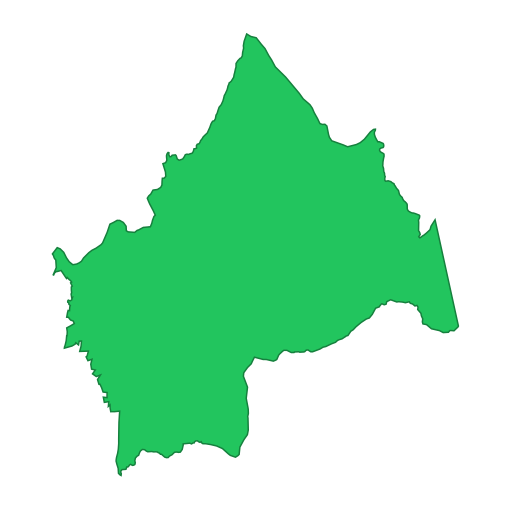 Coahuitlán, Veracruz, Mexico, rotated 181°
{"feature_id": "50627088B66619946151873", "entity_name": "Coahuitlán", "entity_type": "district", "adm_level": 2, "iso_a3": "MEX", "parent_name": "Mexico", "parent_adm1": "Veracruz", "projection": "equal_earth", "projection_center": [-97.706, 20.267], "detail": "fine", "context": "isolated", "style": "filled", "palette": "green", "viewbox_px": 512, "rotation_deg": 181, "n_neighbors": 0, "source": "geoboundaries", "source_scale": "gbopen_adm2", "svg_char_len": 6024}
<svg xmlns="http://www.w3.org/2000/svg" viewBox="0 0 512 512"><g transform="rotate(181 256 256)"><path d="M138.8,384.9L140.7,384.6L143.8,382.1L149.7,374.6L153.8,371.1L157.6,369.2L166.3,366.8L170.7,368.6L182.3,372.5L184.7,376.0L185.6,378.8L187.4,387.2L189.4,388.9L191.9,388.7L194.4,389.5L196.8,394.3L200.4,400.5L202.3,404.8L204.7,408.2L211.5,413.9L215.6,419.4L229.5,435.4L240.0,445.4L243.9,452.4L246.8,456.7L250.6,463.5L254.5,467.9L259.6,474.2L265.0,475.4L269.2,477.8L271.6,470.5L272.3,466.0L272.0,463.6L272.9,459.4L273.2,455.7L274.3,453.8L275.4,453.3L277.6,450.9L279.3,448.2L279.3,444.3L279.7,443.2L280.5,439.1L281.1,436.7L281.4,434.4L283.8,430.3L285.0,429.2L285.8,428.7L286.2,427.2L287.0,425.3L287.3,423.6L287.9,421.4L289.7,417.3L290.5,415.9L291.1,413.1L291.8,410.4L293.4,406.7L295.5,404.1L296.7,400.3L297.4,397.8L298.4,396.2L299.0,392.5L300.1,390.5L301.7,390.0L302.6,388.6L303.3,387.2L304.4,383.8L305.5,381.3L306.8,378.2L309.4,375.7L311.0,374.0L311.7,372.6L313.5,370.2L313.9,368.9L314.8,367.3L316.7,366.7L317.5,365.3L317.3,362.8L318.8,362.2L319.9,362.1L320.5,359.4L321.7,357.6L323.6,357.1L325.2,356.4L326.8,356.6L328.4,356.1L329.5,353.9L331.0,351.7L334.5,350.4L336.4,351.6L337.6,355.0L338.3,355.7L341.6,355.3L342.5,354.0L343.9,353.7L344.9,355.6L344.9,357.8L345.7,358.0L346.6,356.9L347.2,355.1L347.2,353.6L346.8,350.2L348.0,347.7L350.7,346.7L348.0,338.4L347.6,334.0L349.2,332.2L351.0,332.1L351.2,329.3L351.3,325.3L352.5,322.9L355.7,320.8L360.1,320.1L362.3,316.1L364.3,314.2L365.7,311.9L364.4,308.8L363.2,306.2L359.4,299.3L357.4,295.0L358.7,293.8L360.1,289.9L360.7,287.1L362.1,283.4L369.2,282.6L374.4,279.7L375.1,279.7L377.7,277.5L384.3,277.9L386.1,279.0L386.4,283.5L389.2,287.2L392.9,289.2L395.5,289.2L399.2,287.0L402.6,285.3L405.2,277.1L409.6,266.4L411.1,264.6L416.1,261.0L420.2,258.8L423.2,256.4L428.4,251.0L430.4,247.7L432.6,246.1L435.2,244.8L439.0,244.1L442.7,247.0L445.5,250.9L448.3,256.3L451.9,259.7L454.9,260.9L459.6,254.5L458.5,252.9L457.8,250.7L457.1,249.6L456.1,248.5L455.5,240.9L458.4,233.7L458.0,233.5L457.0,235.7L455.4,237.0L454.9,236.9L450.6,238.1L445.7,231.0L445.0,230.2L444.4,231.2L442.1,228.9L441.3,228.5L439.9,226.7L440.9,225.9L439.2,222.7L440.1,221.8L440.0,218.6L439.7,216.1L440.2,214.7L439.5,210.9L438.8,211.3L439.5,208.9L441.0,207.9L442.9,208.6L443.5,207.6L443.4,206.5L442.4,205.9L442.2,204.4L440.8,203.2L441.3,201.9L441.5,198.1L442.9,198.3L443.5,195.9L444.2,191.5L442.4,191.4L441.6,190.2L440.2,188.7L437.6,187.8L436.5,185.3L440.1,183.0L444.0,180.8L443.4,177.1L443.5,173.1L443.9,173.1L444.3,167.9L445.3,163.3L445.9,161.7L446.0,160.5L438.4,162.8L435.3,164.7L434.7,166.1L431.9,164.0L431.3,167.8L429.0,167.9L429.3,162.9L430.6,157.5L421.9,158.0L423.1,153.1L424.1,152.2L422.2,148.4L418.2,149.9L419.3,144.9L418.4,140.0L414.7,139.2L417.4,135.3L413.6,132.7L409.5,134.3L412.3,129.7L410.8,125.0L409.8,125.1L408.1,121.7L406.5,117.3L402.5,116.9L402.5,111.8L406.2,112.2L405.1,107.0L400.7,107.8L401.0,103.1L399.4,104.6L399.2,101.3L398.5,97.8L394.7,97.9L389.6,98.5L390.1,87.3L390.1,82.0L390.1,71.1L390.0,65.9L390.3,60.4L390.9,56.3L391.9,52.3L392.2,50.3L392.3,48.5L391.5,45.5L390.1,41.3L389.9,38.8L389.7,36.3L388.2,34.8L387.1,34.2L386.9,36.0L387.4,37.3L387.4,38.6L386.2,40.1L382.8,40.4L382.2,40.6L381.7,42.4L381.4,42.9L380.7,42.8L379.9,43.2L378.8,44.9L377.8,45.5L375.9,44.5L374.7,44.7L373.5,45.4L373.1,47.2L373.6,49.3L373.0,52.0L371.3,53.9L369.9,54.7L368.9,57.6L368.1,59.1L366.2,60.6L364.0,60.4L362.5,59.2L360.9,58.4L356.7,58.7L355.3,58.4L353.8,58.4L352.9,58.5L351.1,58.3L350.3,57.6L349.2,57.3L348.1,56.1L347.0,56.1L343.7,53.3L341.9,52.8L340.2,53.0L339.1,54.4L336.4,55.9L335.1,57.3L333.9,58.4L331.6,58.6L330.1,58.3L328.2,58.6L326.4,61.3L325.5,65.7L325.5,66.9L319.0,67.7L317.1,67.0L315.9,67.9L314.5,68.1L314.2,69.1L313.1,70.0L311.3,70.2L310.2,69.3L308.7,68.7L307.6,69.4L307.0,68.2L306.1,67.5L305.2,67.4L302.9,67.4L298.1,66.7L292.1,65.4L286.2,62.9L280.2,57.7L278.2,56.2L273.0,54.5L270.7,56.0L269.4,57.3L268.8,64.6L264.9,72.1L261.5,77.2L260.7,81.9L261.2,93.9L261.5,95.2L260.9,98.4L261.1,102.5L261.3,103.8L263.3,113.5L262.2,124.7L266.5,135.5L266.2,139.1L262.5,144.4L258.9,148.1L257.5,151.3L255.8,154.8L247.1,152.7L243.8,152.7L236.8,151.2L234.5,152.2L233.4,152.9L231.6,157.3L230.6,158.5L227.9,161.1L226.5,162.2L223.4,162.2L219.0,160.1L216.2,160.2L215.8,160.7L211.7,161.0L210.6,160.6L206.5,160.9L205.6,161.2L204.1,162.8L203.9,162.7L202.4,163.0L199.6,161.2L197.8,161.2L190.4,164.1L187.4,166.0L184.6,166.7L178.8,169.6L175.0,171.1L173.0,173.0L171.6,173.7L168.5,174.7L164.2,177.7L162.7,178.1L159.9,182.4L157.5,184.0L154.9,186.9L149.7,191.4L144.5,195.0L141.6,196.0L138.7,199.7L135.5,205.9L131.7,207.4L131.6,208.0L129.7,210.3L129.2,210.4L127.0,209.5L125.1,210.1L124.5,212.6L120.6,214.6L114.5,212.5L112.5,212.8L108.7,212.5L105.8,211.9L101.9,212.9L101.0,211.5L100.0,211.1L98.8,210.9L96.2,208.8L94.2,209.4L93.1,207.7L93.4,205.3L90.1,201.6L89.6,199.1L88.2,196.1L88.5,193.0L87.9,191.0L84.3,190.4L79.3,186.3L71.2,184.6L67.5,182.7L62.3,183.1L60.9,184.8L59.8,184.9L56.7,184.7L52.8,188.6L52.4,189.5L77.6,295.3L81.5,288.9L82.4,285.5L83.0,284.8L86.1,281.8L88.6,279.7L89.8,279.0L90.5,278.4L92.5,277.0L93.6,278.1L92.2,280.4L92.8,282.4L93.9,284.2L93.9,292.4L94.2,294.8L93.2,297.0L93.0,299.0L93.5,299.7L97.5,301.2L99.3,301.7L100.2,301.7L101.9,302.2L104.2,303.5L104.9,304.2L105.6,305.8L105.7,309.8L106.1,311.0L107.8,312.8L108.7,313.4L109.7,314.6L110.2,315.4L110.9,317.2L112.1,318.2L113.2,319.5L113.7,320.3L114.7,324.0L116.8,326.3L117.9,328.2L118.9,329.5L119.3,330.7L121.3,331.7L122.4,332.7L125.2,333.5L126.5,333.2L127.8,333.1L128.5,333.9L128.6,336.1L128.2,337.6L128.8,338.9L128.9,340.7L129.2,341.7L129.7,342.5L129.8,343.6L130.0,345.8L130.9,348.4L130.8,349.0L130.7,352.3L130.2,355.6L129.9,357.1L129.7,357.9L129.8,359.9L130.1,360.5L133.5,362.4L134.3,363.8L134.2,365.1L133.1,366.0L130.8,366.7L130.4,367.3L130.2,368.0L130.2,369.0L130.5,370.2L130.9,370.8L134.7,372.4L136.2,372.3L137.5,374.5L138.8,376.9L139.7,379.5L139.8,380.7L139.8,381.9L139.2,383.1L138.9,383.7L138.8,384.4L138.8,384.9Z" fill="#22c55e" stroke="#15803d" stroke-width="1.5"/></g></svg>